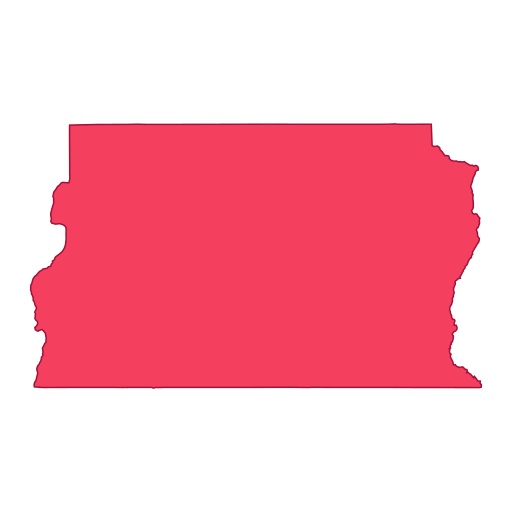 Brasília, Distrito Federal, Brazil (Albers equal-area conic projection)
{"feature_id": "56859067B90477915212525", "entity_name": "Brasília", "entity_type": "district", "adm_level": 2, "iso_a3": "BRA", "parent_name": "Brazil", "parent_adm1": "Distrito Federal", "projection": "albers", "projection_center": [-47.765, -15.776], "detail": "fine", "context": "isolated", "style": "filled", "palette": "rose", "viewbox_px": 512, "rotation_deg": 0, "n_neighbors": 0, "source": "geoboundaries", "source_scale": "gbopen_adm2", "svg_char_len": 4777}
<svg xmlns="http://www.w3.org/2000/svg" viewBox="0 0 512 512"><path d="M480.3,381.1L477.7,381.0L476.2,378.5L474.4,376.4L473.7,377.8L470.7,374.3L469.3,373.5L468.1,372.3L466.8,372.7L467.3,371.0L466.9,369.6L465.0,369.2L463.8,367.9L462.7,366.9L459.6,367.4L457.8,366.8L456.4,366.3L455.3,364.7L453.5,364.8L453.1,363.1L452.5,361.0L450.5,357.2L450.4,355.6L451.1,354.2L449.8,353.1L449.4,351.3L449.9,349.8L449.2,348.6L450.5,348.1L450.2,345.4L451.5,344.0L451.0,342.7L452.4,341.8L452.9,339.6L453.3,338.0L453.4,335.9L452.2,334.2L453.0,332.7L454.3,331.5L455.6,331.0L456.9,329.4L457.0,327.1L456.0,325.1L454.3,325.3L454.1,323.6L454.9,320.8L454.4,319.6L452.3,318.9L451.7,317.2L451.5,315.4L450.6,313.7L450.3,311.7L449.7,309.8L449.8,308.0L450.2,306.4L451.4,304.7L452.1,302.6L452.5,300.7L452.4,298.4L453.3,296.6L453.5,294.7L454.2,292.7L453.5,290.2L453.8,287.7L454.7,285.6L455.4,283.9L455.1,282.2L455.6,280.8L456.9,279.9L458.6,278.5L460.3,278.3L459.9,276.9L460.8,275.6L461.4,274.3L462.2,272.8L463.0,271.5L463.5,269.8L464.8,268.3L465.3,266.4L466.8,265.0L467.6,263.4L468.1,261.6L469.0,260.2L469.6,258.8L471.3,257.6L471.6,255.4L472.6,254.4L472.4,252.8L473.0,251.3L474.4,248.8L475.3,247.4L476.3,245.7L477.3,243.9L478.7,242.1L479.3,239.8L479.3,238.4L477.8,236.5L477.6,234.8L477.4,232.7L476.5,230.3L476.7,228.5L478.1,227.4L478.7,225.8L479.2,224.4L479.6,223.0L479.4,221.6L479.5,219.8L479.8,218.1L478.7,216.9L477.8,215.8L477.2,214.4L475.9,213.8L474.3,214.1L472.8,213.5L471.9,211.6L471.7,210.1L472.7,209.1L473.2,207.7L473.3,206.3L473.3,204.1L473.3,202.3L473.1,200.7L472.8,198.3L473.0,196.0L473.2,194.6L472.1,193.3L472.3,191.5L471.9,190.1L471.5,188.7L470.8,187.3L470.9,185.3L471.8,183.0L472.4,181.2L472.7,179.6L473.2,177.7L474.2,175.8L475.1,173.9L475.3,172.4L476.3,170.7L478.3,170.0L478.3,168.2L477.7,166.4L475.7,165.4L473.8,166.2L472.4,165.2L470.3,165.4L468.4,164.3L466.2,163.0L464.4,161.7L462.4,162.0L460.4,161.7L458.2,161.7L456.2,161.0L453.9,161.2L452.6,160.7L451.2,160.4L449.6,158.9L448.7,156.0L447.0,155.6L444.9,155.6L443.9,154.2L442.8,152.7L441.9,151.4L440.2,149.9L439.7,147.9L438.6,146.7L437.4,146.0L435.8,146.3L433.8,146.4L432.1,145.6L431.3,124.2L403.6,124.3L396.9,124.2L395.4,123.9L388.1,124.2L383.9,124.2L382.0,124.3L378.5,124.3L364.3,124.3L357.5,124.3L352.7,124.3L349.6,124.3L343.6,124.3L341.8,124.3L340.0,124.3L319.0,124.3L306.3,124.3L268.0,124.2L229.7,124.3L173.1,124.4L146.0,124.4L137.6,124.2L127.7,124.4L96.6,124.5L69.6,125.1L69.5,131.9L69.7,168.5L69.7,173.7L69.8,175.6L69.8,177.3L69.8,179.0L68.9,182.7L66.7,182.7L65.3,182.6L63.8,182.4L62.4,182.5L61.2,182.9L59.7,184.9L57.8,186.3L56.9,187.6L56.0,189.2L54.7,190.8L53.7,192.3L53.3,194.7L52.9,196.5L53.7,198.5L53.6,200.0L53.7,201.9L53.4,204.3L52.7,206.0L52.3,207.5L51.8,209.1L51.4,211.0L50.7,213.3L50.8,215.9L51.4,218.7L50.8,221.4L51.9,223.2L53.9,223.7L55.5,224.1L57.6,223.9L59.5,223.7L61.6,224.2L63.9,225.2L65.4,226.5L66.0,227.8L66.1,229.8L66.1,232.0L66.0,234.1L66.1,235.9L66.1,237.6L66.1,239.7L65.8,242.0L65.6,244.0L65.1,246.0L64.3,248.2L62.8,250.8L61.5,252.3L59.9,253.6L58.3,254.9L56.6,256.1L55.4,257.1L54.7,258.5L54.1,260.1L52.4,261.1L52.6,262.8L51.3,264.3L50.7,266.2L48.4,266.8L47.1,268.3L45.3,268.6L43.0,269.0L41.5,270.4L39.6,271.4L37.8,273.4L36.3,275.2L34.6,276.5L33.0,279.0L32.3,281.4L31.8,283.4L30.9,285.0L30.7,288.2L30.7,290.2L31.3,291.6L31.5,293.9L32.4,295.6L32.9,297.0L33.3,298.4L33.1,300.2L34.2,301.8L34.9,304.4L35.4,305.9L36.2,307.1L36.5,308.5L35.7,310.2L34.7,312.1L35.4,313.6L35.3,315.3L35.1,316.9L34.9,318.6L36.0,320.3L37.6,321.6L37.5,324.2L36.6,325.8L34.9,327.4L35.3,329.8L37.9,331.2L40.1,330.1L42.2,329.5L43.8,331.3L45.4,333.2L45.7,335.5L46.2,337.8L46.0,340.2L45.9,342.2L44.8,343.4L44.1,344.9L43.4,346.4L42.4,348.0L42.9,351.0L43.0,352.5L42.6,353.8L42.9,355.7L41.5,357.1L41.3,358.7L40.9,360.7L39.9,362.4L39.0,364.4L37.8,365.7L36.9,368.1L36.8,369.6L37.2,370.9L37.6,372.5L37.6,374.3L36.9,376.2L36.5,378.4L35.9,380.6L34.8,382.1L34.1,384.4L34.3,386.9L43.0,387.5L73.3,387.4L88.4,387.4L94.5,387.4L96.1,387.4L97.6,387.4L104.7,387.4L111.7,387.4L115.7,387.4L122.5,387.5L129.6,387.4L132.1,387.4L133.8,387.4L135.8,387.4L137.9,387.4L140.1,387.4L141.5,387.4L142.9,387.4L145.3,387.4L146.8,387.4L149.0,387.4L152.0,387.4L153.3,388.1L155.5,387.5L157.1,387.5L158.8,387.5L161.8,387.5L163.6,387.4L165.4,387.4L167.3,387.4L169.1,387.4L170.5,387.4L172.7,387.4L175.2,387.4L177.9,387.4L179.9,387.4L181.9,387.4L183.6,387.4L186.2,387.4L190.7,387.4L197.7,387.4L199.4,387.4L203.5,387.4L211.2,387.4L214.1,387.4L234.5,387.4L240.3,387.4L244.7,387.4L248.2,387.4L280.2,387.3L282.8,387.3L291.0,387.3L307.9,387.5L312.9,387.3L333.6,387.4L338.8,387.4L348.2,387.4L367.4,387.4L375.9,387.4L381.5,387.4L388.1,387.4L415.3,387.5L432.1,387.5L477.3,387.6L479.6,387.6L481.3,387.1L481.3,384.5L480.1,383.4L480.3,381.1Z" fill="#f43f5e" stroke="#9f1239" stroke-width="1.5"/></svg>